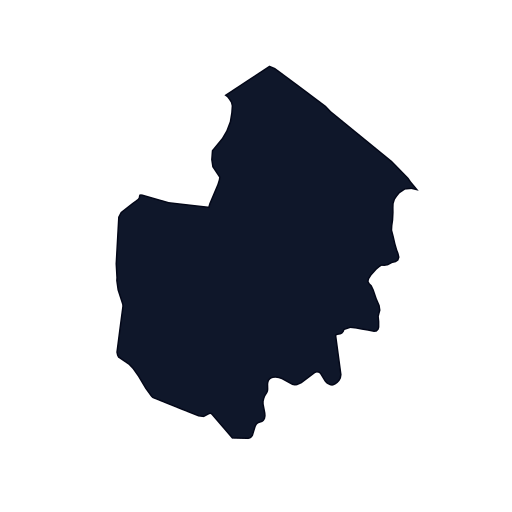 outline of South Kordufan, rotated 146°
{"feature_id": "SDN-882", "entity_name": "South Kordufan", "entity_type": "State", "adm_level": 1, "iso_a3": "SDN", "parent_name": "Sudan", "parent_adm1": "", "projection": "equal_earth", "projection_center": [29.886, 11.03], "detail": "fine", "context": "isolated", "style": "filled", "palette": "ink", "viewbox_px": 512, "rotation_deg": 146, "n_neighbors": 0, "source": "natural_earth", "source_scale": "10m", "svg_char_len": 2276}
<svg xmlns="http://www.w3.org/2000/svg" viewBox="0 0 512 512"><g transform="rotate(146 256 256)"><path d="M403.1,170.5L420.3,196.0L420.6,196.5L420.9,197.9L421.0,199.0L421.3,208.0L420.5,222.2L420.7,231.4L421.7,237.3L426.4,249.0L426.1,251.2L425.0,254.0L409.7,271.4L394.3,288.8L393.4,290.4L389.2,305.0L385.1,313.4L383.3,315.8L376.2,327.7L362.1,346.3L348.0,364.9L343.4,367.4L329.4,368.4L322.0,368.7L321.1,369.0L319.9,369.6L319.1,370.6L318.2,371.3L317.3,370.9L316.2,369.9L298.8,349.1L283.4,335.9L267.9,322.7L265.0,325.1L247.5,336.5L243.9,339.4L241.9,341.5L241.8,354.1L238.7,360.6L233.2,367.6L218.1,372.1L210.2,375.9L202.1,381.6L200.8,383.0L195.9,388.2L191.6,393.7L190.3,397.1L190.2,400.9L190.4,404.0L191.2,406.2L165.0,405.9L138.8,405.6L135.7,400.9L129.1,382.3L124.5,369.2L114.8,341.2L113.6,334.0L90.8,258.4L86.6,235.3L86.6,235.0L86.6,231.2L85.6,221.2L89.3,225.2L95.1,228.4L102.0,228.4L106.2,227.1L109.6,225.7L113.1,222.9L115.5,219.6L118.2,215.5L122.7,209.5L126.5,205.3L129.3,201.6L131.4,195.6L134.1,188.6L136.2,182.1L136.9,178.9L138.3,175.2L140.7,173.4L143.5,173.4L146.9,174.7L151.7,175.2L154.8,176.6L157.2,178.4L159.9,178.4L163.7,178.0L171.3,176.1L175.4,174.3L177.5,172.4L177.8,169.7L177.2,166.9L177.9,162.3L180.3,153.5L181.7,146.1L183.7,141.9L185.8,140.1L188.5,137.7L191.0,133.1L194.1,128.5L195.8,127.1L198.2,126.6L200.2,127.6L204.7,132.2L209.2,136.4L213.3,140.5L217.7,144.2L224.2,146.0L225.9,144.8L227.9,144.2L229.5,144.4L230.7,144.9L232.0,145.5L233.2,145.9L234.4,145.7L252.0,110.2L254.3,107.8L256.8,106.5L259.4,105.9L261.8,105.8L263.8,106.1L264.7,106.4L265.3,106.8L265.8,107.2L266.5,108.1L267.7,110.2L268.1,111.1L268.3,112.2L268.5,113.6L268.1,122.3L268.3,123.6L268.9,124.7L270.4,126.1L272.4,126.6L289.3,125.7L294.2,126.6L295.9,127.6L297.5,129.2L303.0,139.9L305.0,142.5L307.5,144.8L309.7,146.0L311.3,146.5L313.0,146.6L314.8,146.2L316.5,145.1L318.0,143.5L320.7,139.3L321.4,138.4L322.1,137.7L323.3,136.9L327.1,135.2L329.2,133.7L331.4,131.7L333.0,129.3L336.6,120.9L338.0,118.5L339.9,116.6L341.9,115.7L343.6,115.6L347.0,116.6L348.5,116.7L350.0,116.4L352.0,115.3L359.4,109.3L361.4,108.7L362.8,108.7L364.5,109.3L377.3,118.4L380.8,148.4L381.0,149.8L381.4,150.9L382.3,151.4L383.3,151.7L389.1,152.3L392.9,155.6L403.1,170.5Z" fill="#0f172a" stroke="#020617" stroke-width="1.5"/></g></svg>